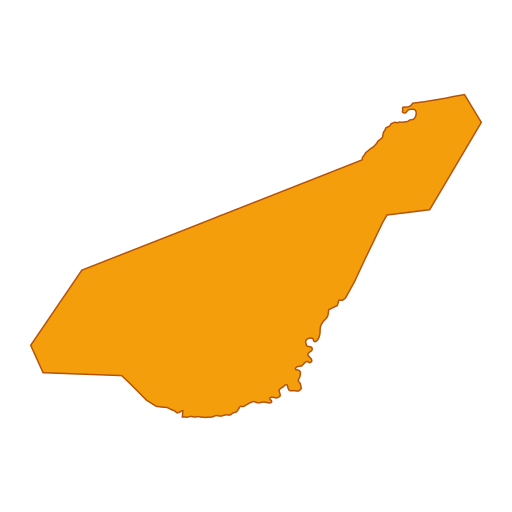 Kawerau District, Bay of Plenty, New Zealand (Natural Earth projection)
{"feature_id": "76426892B43791511168362", "entity_name": "Kawerau District", "entity_type": "district", "adm_level": 2, "iso_a3": "NZL", "parent_name": "New Zealand", "parent_adm1": "Bay of Plenty", "projection": "natural_earth1", "projection_center": [176.702, -38.085], "detail": "fine", "context": "isolated", "style": "filled", "palette": "amber", "viewbox_px": 512, "rotation_deg": 0, "n_neighbors": 0, "source": "geoboundaries", "source_scale": "gbopen_adm2", "svg_char_len": 3652}
<svg xmlns="http://www.w3.org/2000/svg" viewBox="0 0 512 512"><path d="M409.0,106.6L407.5,107.1L406.0,107.1L404.2,107.1L403.2,107.1L402.6,107.6L402.6,108.5L402.8,110.2L402.4,111.4L402.8,112.5L403.9,112.9L405.2,113.0L406.3,112.2L407.1,111.1L407.9,110.2L408.7,109.7L410.1,109.4L411.3,109.3L412.7,109.2L413.9,109.4L415.1,110.0L415.8,110.9L416.2,112.4L416.2,113.9L415.5,116.7L414.9,117.6L414.2,118.5L413.4,119.3L412.6,119.6L411.5,119.7L410.1,119.9L409.1,120.4L408.0,121.4L403.1,122.2L399.1,122.1L398.0,122.6L397.5,122.7L397.1,122.7L395.8,122.4L395.1,122.3L394.3,122.4L393.5,122.7L392.6,123.2L392.0,123.3L391.4,123.6L390.9,124.0L390.2,125.4L389.6,126.0L387.9,126.9L387.2,127.3L386.6,127.4L386.1,127.7L385.6,128.3L385.4,129.0L384.6,130.9L383.7,131.7L383.0,134.5L382.5,137.3L380.5,139.2L378.2,140.9L375.9,144.3L373.3,146.9L370.5,148.7L365.3,153.1L364.7,154.5L362.4,157.6L362.3,158.6L362.4,159.2L362.1,159.9L300.4,184.2L222.1,215.0L221.3,215.2L217.0,217.0L194.8,225.8L81.9,270.1L35.8,337.8L30.7,345.3L43.1,372.7L121.7,375.6L131.4,384.9L146.5,400.2L156.2,406.3L162.7,407.2L166.9,407.4L172.4,410.1L174.3,410.6L176.6,412.6L177.5,412.9L179.3,412.3L180.6,411.6L181.4,410.9L182.1,410.6L182.8,410.6L182.4,416.6L182.3,417.0L182.9,417.1L184.5,416.9L185.6,417.2L186.3,417.2L188.0,417.0L190.7,416.4L191.5,416.4L192.1,416.7L194.6,417.0L196.1,417.0L197.0,416.7L198.8,416.6L200.9,417.1L202.0,417.1L204.6,417.4L205.6,417.4L208.2,417.2L210.1,417.2L211.3,417.1L213.2,416.7L214.0,416.2L214.9,415.9L215.9,415.6L216.8,415.6L219.3,416.0L221.2,416.1L224.9,415.0L225.9,414.9L226.8,414.8L229.1,415.1L229.9,415.0L230.7,414.7L231.3,414.3L232.3,413.4L233.7,412.7L235.9,412.2L236.4,411.9L237.5,410.7L238.3,409.3L239.0,408.4L239.2,407.8L239.6,407.1L240.2,406.6L240.8,406.4L241.6,406.4L242.0,406.6L243.0,406.6L243.6,406.4L245.1,405.6L245.9,405.1L247.8,404.1L248.7,403.4L249.8,402.9L251.8,402.0L253.4,401.5L255.0,401.9L256.8,402.6L258.4,402.9L260.3,402.6L262.0,402.2L263.7,402.0L265.7,402.3L267.7,402.7L268.9,402.9L269.9,402.9L270.9,402.7L271.5,402.2L271.7,401.2L271.1,400.2L270.2,399.6L269.7,398.7L269.8,398.0L270.8,397.4L272.2,397.1L275.6,397.9L276.8,397.9L278.0,397.5L279.3,396.7L280.0,396.0L280.3,395.2L279.1,390.8L279.2,389.8L280.4,388.6L283.7,386.5L284.5,385.5L285.2,384.9L286.2,384.7L287.1,385.0L287.5,386.2L288.0,388.0L288.6,389.4L289.3,390.4L290.6,390.8L292.5,390.7L294.8,390.7L297.4,391.1L298.6,391.0L299.8,390.2L300.8,389.2L301.3,388.3L300.3,383.5L298.5,381.4L298.3,380.1L299.9,376.6L300.3,374.7L300.4,373.2L300.3,371.9L299.3,370.6L298.1,370.1L297.0,369.7L295.8,369.6L295.4,368.8L295.8,367.7L297.1,366.7L299.1,366.3L300.5,366.2L301.6,366.0L302.7,365.0L305.2,362.3L306.4,361.7L307.5,361.4L308.6,362.1L309.2,362.7L310.1,362.6L311.1,362.0L311.7,361.2L311.8,360.2L311.2,358.9L309.7,357.2L307.8,355.2L308.0,354.0L308.9,352.7L310.1,351.7L311.4,350.9L312.1,349.9L312.2,348.8L312.0,348.0L311.5,347.3L310.6,346.8L308.5,346.5L307.3,346.1L306.6,345.5L306.1,344.1L305.8,343.0L305.7,342.1L305.7,341.1L306.0,340.3L306.7,339.5L307.4,338.9L308.4,338.4L309.3,338.2L310.5,338.1L311.7,338.1L312.6,338.4L313.1,338.8L313.2,339.7L313.5,340.4L314.0,341.2L314.5,341.5L315.4,341.7L316.0,341.4L316.6,340.9L317.5,340.0L318.2,339.0L319.1,336.9L319.5,335.7L319.8,334.3L320.0,332.5L320.2,328.3L320.5,326.6L321.0,325.3L321.6,324.0L323.5,321.1L326.1,318.5L326.8,317.6L327.4,316.5L327.8,315.5L328.1,314.5L328.8,309.5L329.8,309.2L337.3,305.5L338.9,300.2L342.7,300.2L345.5,298.0L354.4,281.9L364.7,259.8L383.0,221.8L387.0,215.0L429.7,209.7L481.3,122.4L464.5,94.6L453.4,96.5L446.1,98.1L440.2,99.1L423.7,101.8L412.7,103.2L411.8,104.5L410.7,105.7L409.0,106.6Z" fill="#f59e0b" stroke="#b45309" stroke-width="1.5"/></svg>